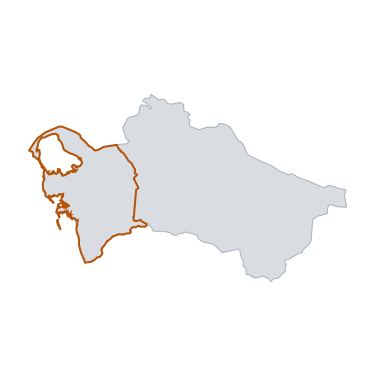 location of Balkan within Turkmenistan, rotated 348°
{"feature_id": "TKM-351", "entity_name": "Balkan", "entity_type": "Province", "adm_level": 1, "iso_a3": "TKM", "parent_name": "Turkmenistan", "parent_adm1": "", "projection": "mercator", "projection_center": [54.104, 39.835], "detail": "fine", "context": "in_parent", "style": "outline", "palette": "amber", "viewbox_px": 384, "rotation_deg": 348, "n_neighbors": 0, "source": "natural_earth", "source_scale": "10m", "svg_char_len": 9251}
<svg xmlns="http://www.w3.org/2000/svg" viewBox="0 0 384 384"><g transform="rotate(348 192 192)"><path d="M116.5,129.6L133.4,130.6L138.6,131.3L140.7,128.8L140.6,128.2L139.8,127.7L138.6,126.0L137.5,114.4L138.9,112.8L140.6,111.6L143.1,107.9L144.4,106.8L146.3,105.9L152.8,105.6L155.5,104.9L157.8,100.7L158.3,98.3L160.1,96.4L161.1,96.4L165.5,98.0L166.4,98.9L167.9,102.0L169.5,101.8L169.8,101.3L169.6,100.6L168.3,98.7L165.6,95.2L162.9,93.0L162.7,92.3L165.0,90.6L169.6,91.3L170.7,90.8L172.0,88.0L178.1,94.2L179.2,94.8L184.1,95.7L184.9,96.5L186.5,100.1L188.2,101.1L190.3,101.8L198.9,101.9L201.6,104.3L202.0,104.9L201.5,106.6L201.4,109.8L200.7,111.1L201.1,111.6L204.2,113.0L206.0,115.1L206.2,116.0L205.6,116.5L204.2,116.2L203.5,117.2L203.5,118.9L204.5,120.4L204.8,121.9L203.4,125.2L203.3,126.6L203.8,127.4L211.6,132.4L212.8,132.6L220.3,131.7L221.7,132.2L228.3,133.4L230.1,133.2L231.4,131.6L232.5,130.9L233.7,130.9L236.8,131.9L240.1,134.1L242.3,136.0L243.4,137.8L246.4,147.6L248.4,151.5L250.7,153.6L252.3,157.4L253.7,165.6L254.6,167.3L258.2,170.5L276.3,183.8L281.8,189.7L290.3,195.4L293.4,194.7L300.0,200.7L304.2,203.0L309.7,206.6L321.0,214.8L323.5,215.1L326.2,214.0L328.7,214.6L332.9,216.7L337.5,219.9L341.5,220.9L342.6,222.3L342.6,223.1L340.4,227.0L340.1,232.0L340.3,238.7L339.3,238.8L331.6,236.9L324.3,232.8L322.5,234.1L321.6,235.5L319.8,241.3L309.9,241.7L304.1,244.5L298.8,263.1L297.7,265.4L294.4,268.5L288.8,271.4L287.9,272.6L287.7,273.7L287.0,274.1L283.9,274.1L272.0,278.1L269.4,278.1L268.3,278.4L267.9,279.1L269.2,282.8L268.1,283.9L267.4,285.7L266.8,288.9L259.0,293.8L257.3,294.4L254.2,293.9L252.6,294.5L250.9,296.0L250.1,295.6L249.7,294.0L248.9,292.9L244.0,288.9L238.4,289.6L236.3,289.2L234.7,288.6L232.1,286.3L230.4,284.1L228.7,284.4L228.2,283.3L228.1,282.1L228.6,280.6L228.5,277.9L227.5,275.9L226.4,275.0L227.6,271.8L227.6,269.4L226.8,266.8L226.5,263.0L226.7,259.3L225.7,257.5L209.1,257.6L203.2,249.0L200.8,246.9L192.6,243.2L190.3,241.3L188.5,239.1L188.0,236.1L187.1,234.4L185.8,234.1L179.3,230.6L176.8,229.7L173.3,230.6L171.1,229.6L168.7,230.9L167.7,231.0L165.0,230.2L161.8,227.1L159.0,225.8L153.3,223.8L149.3,223.2L145.7,221.9L145.3,221.5L145.3,218.8L144.8,217.7L143.7,216.4L142.3,215.4L136.2,215.5L133.4,214.5L131.2,214.3L126.3,214.5L124.8,215.2L123.9,216.1L123.3,218.7L122.8,219.1L118.1,219.1L108.0,218.5L103.9,219.9L97.4,223.9L93.6,227.2L92.6,228.7L90.4,234.6L89.4,235.5L88.1,236.1L86.8,236.3L80.9,238.6L78.6,239.1L72.7,238.8L71.3,230.1L70.8,223.2L71.4,213.5L71.1,207.3L72.1,197.8L71.8,195.5L68.7,191.3L68.3,188.4L66.4,188.2L63.4,185.7L60.5,184.8L59.0,184.7L57.6,185.4L56.6,186.9L55.9,184.6L56.0,182.3L58.3,177.4L59.8,178.8L61.6,179.4L66.1,179.1L65.7,177.4L63.3,175.8L62.9,173.6L63.0,171.3L63.7,169.1L63.0,168.2L61.9,167.7L59.4,167.8L53.1,166.9L52.3,169.5L54.1,172.8L51.2,169.0L49.2,165.1L47.9,160.5L47.7,155.5L50.1,147.5L52.1,137.6L54.6,141.8L56.4,143.6L60.4,144.8L62.3,144.5L64.4,143.4L66.4,143.8L69.5,148.1L71.8,148.5L76.4,146.9L78.6,146.5L80.6,147.3L82.6,147.3L81.7,145.3L81.3,143.3L82.5,142.3L86.2,143.4L89.1,142.2L89.6,141.7L89.9,140.0L89.5,136.7L88.8,135.2L87.1,133.2L80.6,128.4L78.4,126.5L76.6,124.0L73.6,114.1L71.3,107.7L70.4,107.0L66.6,106.4L59.4,108.0L56.8,107.7L55.6,108.3L52.7,111.0L51.3,113.3L49.4,118.6L50.8,120.2L49.7,129.0L50.4,132.8L50.1,133.0L48.0,128.4L45.0,123.7L42.6,116.6L46.9,111.9L50.6,108.6L54.5,106.1L58.6,104.4L67.9,101.8L73.0,100.9L77.1,100.7L80.3,102.3L88.9,108.1L92.7,111.3L93.7,112.6L94.8,115.8L101.1,125.8L102.6,127.2L105.0,130.3L107.3,131.3L116.5,129.6ZM55.6,199.5L55.4,200.8L54.3,196.9L53.7,192.7L54.4,191.5L55.3,191.5L54.5,193.1L55.6,199.5Z" fill="#d9dde1" stroke="#a8b0b8" stroke-width="1"/><path d="M75.5,100.4L77.1,100.7L78.7,101.2L90.2,109.0L93.8,112.3L94.5,113.5L94.4,115.1L94.7,116.2L97.9,120.5L100.6,125.3L102.0,126.8L103.3,127.7L104.9,130.5L105.9,131.2L106.6,131.4L109.3,131.2L110.5,130.7L112.5,130.5L114.4,129.5L115.1,129.5L128.3,130.3L128.5,131.9L129.8,135.8L130.2,136.2L131.0,136.5L130.8,137.5L130.9,137.8L131.9,138.5L133.5,140.6L136.3,148.1L138.8,151.2L140.0,155.6L141.0,158.1L139.9,161.7L141.1,162.5L141.7,164.0L139.2,165.4L137.9,166.4L137.9,167.1L138.3,168.0L138.6,169.6L140.4,176.8L139.9,177.3L138.0,178.1L137.7,178.6L131.3,199.7L131.1,201.0L130.3,202.5L130.3,203.6L129.6,204.1L129.4,204.5L129.1,207.6L129.6,208.2L130.4,208.3L131.9,209.0L133.7,208.6L134.7,208.9L136.0,208.7L137.0,210.6L139.3,212.4L141.1,214.1L140.4,215.2L139.0,216.2L134.2,215.1L132.5,213.9L131.5,214.1L129.4,214.9L128.2,214.3L126.3,214.3L124.8,215.1L123.4,216.4L123.3,216.8L123.9,217.4L124.0,217.9L123.7,218.8L123.4,219.1L121.5,219.4L119.6,218.9L116.2,219.4L115.0,218.9L113.9,218.9L112.8,218.3L111.4,218.0L106.6,218.9L105.3,219.0L102.3,221.0L100.6,221.6L100.4,222.0L98.5,222.5L98.0,223.4L97.2,223.7L96.9,224.3L95.9,225.5L92.7,227.7L91.8,228.8L91.3,230.6L91.3,231.1L91.7,231.9L91.6,232.9L91.3,234.0L88.4,236.3L87.6,236.4L85.9,236.2L82.3,238.3L81.5,238.6L80.1,238.5L78.9,239.3L72.7,238.9L72.4,235.5L71.7,232.9L71.6,231.7L70.8,228.1L70.4,220.4L71.5,215.7L71.5,214.9L71.7,214.1L71.7,212.9L71.6,210.9L71.3,209.8L70.9,207.0L71.3,203.7L71.6,202.8L72.6,201.3L73.0,200.3L72.8,199.5L73.1,199.2L74.2,196.4L74.0,196.5L73.9,195.9L73.7,195.6L72.9,195.4L72.8,195.0L72.3,194.8L71.8,193.3L71.6,193.1L70.0,192.9L69.6,193.3L69.2,192.6L68.6,191.1L68.4,191.3L68.9,192.6L68.2,192.0L68.1,191.5L68.3,190.7L68.1,189.9L68.9,189.4L68.2,189.3L68.2,188.7L68.7,187.5L67.3,188.6L67.6,188.8L67.8,191.8L66.8,190.3L66.5,188.9L66.1,188.8L66.2,187.7L65.4,188.8L65.4,187.4L65.8,185.8L65.2,186.4L65.7,185.1L65.1,185.2L65.3,184.7L65.2,184.4L64.6,185.1L64.5,184.9L63.3,185.1L62.9,185.4L62.7,185.4L62.7,184.9L62.2,185.4L61.6,185.6L61.9,184.9L61.3,184.9L61.0,185.1L60.7,184.7L59.5,185.1L59.6,184.5L58.4,184.1L56.5,184.7L57.5,185.2L57.1,185.9L56.9,186.7L57.2,188.3L57.2,188.9L57.0,189.3L56.7,189.2L56.2,185.3L55.2,183.6L55.1,183.1L55.3,182.6L56.1,181.8L56.4,180.8L57.1,180.0L58.4,176.6L59.2,175.9L60.0,176.0L59.2,176.6L58.6,177.4L58.3,178.5L57.8,179.0L57.9,179.7L58.7,179.8L61.0,179.4L62.4,179.4L62.8,179.6L63.5,180.7L63.8,180.9L65.4,181.3L65.6,181.3L65.7,181.0L65.6,180.5L65.2,180.4L65.5,179.6L66.4,180.5L66.8,180.5L67.4,179.9L67.8,179.8L68.7,180.2L68.9,179.9L68.9,179.6L68.4,179.2L67.1,178.8L66.7,178.5L67.2,178.1L67.0,177.4L66.5,177.1L65.4,177.2L65.3,176.2L64.6,175.4L64.8,176.8L63.3,175.0L62.7,174.9L63.0,175.6L62.4,175.3L62.5,175.8L62.9,176.3L62.9,176.8L62.2,176.3L62.1,175.3L62.4,173.2L61.7,173.3L61.4,173.0L62.1,172.6L63.9,170.3L63.6,169.8L64.7,169.5L64.5,169.0L65.4,168.0L65.5,167.5L65.2,167.7L64.9,167.3L63.8,167.3L62.6,166.5L61.9,166.4L61.1,166.7L60.3,167.7L59.3,168.3L58.4,167.8L57.0,166.7L56.0,167.3L54.5,167.5L55.0,166.7L52.8,167.3L52.1,167.1L51.5,166.0L51.1,166.4L51.1,166.6L51.6,167.6L51.8,169.5L52.8,170.7L53.6,172.2L54.5,173.0L53.4,172.6L54.3,173.6L54.2,173.7L53.5,173.1L52.6,171.2L52.3,170.8L51.6,170.5L51.3,170.1L51.0,168.4L50.9,168.1L48.8,166.5L47.8,165.1L47.9,163.9L48.4,162.3L47.6,161.0L47.9,160.8L47.3,160.1L46.9,159.0L47.7,153.1L48.5,151.3L50.4,148.3L50.5,147.3L49.7,146.8L49.9,146.0L49.8,145.8L50.5,145.5L50.4,144.6L50.9,142.5L51.7,140.3L51.9,139.4L51.5,136.3L52.5,137.0L52.6,137.3L52.4,138.2L52.6,138.8L53.6,140.0L54.2,141.9L54.9,142.5L55.9,142.3L55.6,142.7L54.7,143.1L54.8,143.5L55.5,144.2L55.6,145.0L55.8,145.1L57.2,145.2L59.0,143.8L58.5,145.0L58.8,145.2L60.3,145.0L60.5,144.8L60.6,143.9L61.2,143.3L61.4,143.4L61.3,144.4L61.8,145.3L63.1,146.1L63.6,146.1L65.1,145.0L65.3,142.8L65.8,141.7L66.6,141.9L67.3,142.5L67.1,143.0L67.2,143.6L67.6,144.0L67.1,144.8L67.7,146.4L68.0,146.9L68.6,147.1L68.7,147.4L68.3,148.5L68.6,149.2L70.4,149.0L71.6,149.2L72.3,148.4L73.4,147.8L74.8,148.3L76.4,147.6L76.6,147.2L75.7,146.7L77.5,146.6L78.2,146.3L79.5,146.3L79.2,147.4L79.9,147.8L83.1,147.8L82.2,147.4L82.5,147.1L83.3,146.9L83.7,146.5L81.3,146.5L81.0,145.1L80.2,143.2L80.3,142.3L79.8,142.2L79.8,141.8L80.3,141.7L81.2,140.8L81.6,140.7L82.2,141.0L83.5,142.1L84.4,142.4L84.5,142.8L83.8,143.8L84.6,144.0L88.1,143.2L88.5,142.6L89.6,141.9L90.4,140.6L90.7,139.7L90.4,138.8L88.9,136.7L89.9,137.0L90.8,137.6L89.8,136.4L89.8,136.1L90.1,135.9L89.7,135.4L88.1,134.9L88.0,134.1L87.3,133.3L83.0,130.0L80.8,128.9L80.0,128.1L78.6,127.2L77.6,125.7L76.8,125.5L76.1,124.9L75.4,123.6L75.2,122.6L75.1,119.0L74.7,117.0L73.1,113.6L72.5,113.4L72.4,113.0L72.6,112.2L72.5,111.1L72.8,110.1L72.6,108.5L71.7,107.4L70.7,106.8L69.6,106.4L68.7,106.7L67.8,106.2L61.3,107.3L59.6,108.1L58.0,108.0L56.8,107.4L55.9,107.8L52.5,110.8L49.5,117.0L48.7,118.2L48.4,119.6L48.5,120.0L48.7,119.9L49.7,118.8L50.8,118.9L51.3,119.2L51.5,119.6L51.1,120.9L51.3,122.1L51.2,122.7L49.8,126.3L49.4,128.0L49.9,130.1L50.0,131.9L51.4,135.2L51.3,135.8L50.8,136.6L50.8,137.3L50.1,136.5L50.2,134.1L49.8,133.0L49.4,132.4L49.4,131.3L48.8,129.3L48.6,129.1L48.2,128.0L47.4,127.6L47.3,126.6L46.8,126.1L45.8,125.7L45.1,124.8L44.0,124.0L44.0,123.3L44.6,122.2L44.7,120.4L44.0,119.2L43.3,119.1L43.0,118.7L42.4,118.1L41.6,117.9L41.4,117.5L48.3,110.5L52.9,106.7L56.2,105.5L57.4,104.8L62.1,102.9L75.5,100.4ZM54.0,192.4L54.5,191.5L55.0,191.4L55.2,191.6L55.2,191.8L54.6,192.3L54.5,193.4L55.5,200.8L55.3,200.8L54.7,197.8L54.2,196.7L53.9,193.0L54.0,192.4ZM63.3,178.1L63.8,177.7L64.0,178.0L64.2,177.9L64.3,178.6L64.8,179.3L64.7,179.6L64.1,180.2L63.8,180.2L63.1,178.4L63.3,178.1Z" fill="none" stroke="#b45309" stroke-width="2"/></g></svg>